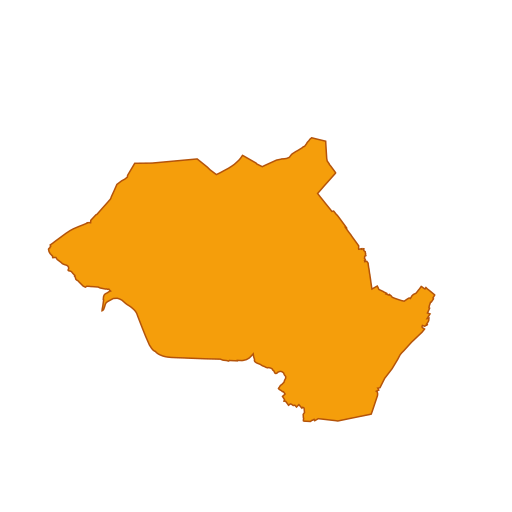 Ixtlán, Michoacán, Mexico, rotated 121°
{"feature_id": "50627088B63014892891044", "entity_name": "Ixtlán", "entity_type": "district", "adm_level": 2, "iso_a3": "MEX", "parent_name": "Mexico", "parent_adm1": "Michoacán", "projection": "albers", "projection_center": [-102.403, 20.149], "detail": "fine", "context": "isolated", "style": "filled", "palette": "amber", "viewbox_px": 512, "rotation_deg": 121, "n_neighbors": 0, "source": "geoboundaries", "source_scale": "gbopen_adm2", "svg_char_len": 5722}
<svg xmlns="http://www.w3.org/2000/svg" viewBox="0 0 512 512"><g transform="rotate(121 256 256)"><path d="M382.2,359.8L381.7,359.4L381.0,359.2L380.4,359.1L379.7,359.2L377.6,359.6L375.3,360.2L374.7,360.3L373.9,360.4L372.8,360.2L372.0,359.9L371.5,359.7L369.1,358.3L365.9,356.4L363.7,353.2L363.1,350.9L362.9,348.2L363.8,343.4L364.0,341.2L364.0,339.3L364.1,337.3L364.4,335.2L364.8,333.1L365.3,331.4L366.1,329.6L366.7,328.6L368.4,326.5L372.6,321.1L376.7,315.8L381.8,309.1L387.2,301.5L389.0,297.8L389.7,295.6L389.8,293.9L389.6,293.1L390.1,291.7L390.3,289.3L390.2,287.5L389.7,284.3L389.0,281.9L388.1,279.6L386.6,276.4L384.1,271.8L380.0,264.4L379.7,263.8L370.2,246.5L363.9,235.4L362.8,233.5L362.3,230.7L360.7,227.2L360.3,225.6L360.1,225.3L359.1,224.9L359.0,224.5L355.5,218.0L355.1,218.3L353.0,214.4L352.3,213.4L351.1,212.2L349.8,210.9L348.6,210.2L347.0,209.3L345.2,208.8L343.3,208.4L342.9,208.3L341.3,208.0L343.4,206.3L344.2,205.4L345.3,204.1L346.6,203.4L347.1,202.6L347.3,201.4L347.3,200.0L346.7,196.6L346.8,194.6L346.7,193.3L346.4,191.9L346.3,190.0L345.9,188.5L345.2,187.8L344.5,185.8L344.5,183.7L345.1,183.0L345.4,181.3L346.5,179.8L346.7,178.9L345.9,177.8L344.5,177.5L343.5,176.8L342.7,176.1L342.1,175.3L341.8,173.8L342.0,172.1L343.2,170.6L344.0,168.5L345.5,167.6L347.7,167.5L349.8,167.0L352.5,167.6L354.4,168.4L356.3,168.4L357.1,168.5L358.0,168.5L358.4,167.4L358.4,166.2L358.4,165.5L358.3,164.9L358.7,163.5L358.2,162.6L358.7,161.4L359.3,160.0L359.9,160.1L362.7,161.0L364.4,157.6L366.0,157.3L365.3,155.8L366.5,152.8L367.0,151.7L367.2,151.2L365.1,150.4L364.8,149.1L365.0,147.1L363.9,145.9L364.6,143.5L361.3,142.7L362.8,138.3L362.2,138.2L361.6,138.0L361.6,137.5L361.5,137.0L361.8,136.3L365.2,133.8L367.4,134.0L370.1,132.2L370.7,131.5L371.8,131.1L373.3,130.3L373.1,130.3L369.8,124.1L368.0,123.4L367.5,122.7L367.1,122.7L366.1,122.1L366.9,120.8L366.7,120.7L363.4,118.9L362.1,116.1L356.2,103.1L355.3,100.9L347.8,92.8L332.2,75.8L328.2,76.6L314.8,79.6L313.3,79.9L311.5,80.7L310.1,82.0L309.9,83.2L307.7,81.7L306.6,83.5L306.5,83.3L305.0,81.9L294.5,82.7L293.0,82.5L287.8,81.9L282.6,81.3L281.2,81.3L271.6,81.3L266.4,81.6L263.8,81.2L261.0,80.5L249.8,78.3L235.7,74.4L231.8,73.9L231.7,76.7L231.1,77.3L229.8,77.6L229.3,75.1L228.1,74.8L227.5,74.0L226.5,73.9L226.4,74.7L225.1,74.6L223.2,74.6L222.1,74.8L220.6,75.6L220.2,75.7L221.5,77.1L216.0,77.0L216.5,79.7L216.2,79.7L211.3,80.3L211.3,81.1L209.4,81.8L205.7,82.6L205.2,82.0L201.3,81.8L200.8,82.7L200.5,82.7L197.4,82.7L197.3,82.8L196.6,87.3L196.2,90.1L196.0,92.1L195.5,94.1L197.2,94.2L197.2,95.8L197.0,97.6L197.0,98.7L198.5,98.8L200.6,99.0L201.5,99.2L202.7,99.3L203.5,99.4L205.6,99.7L207.0,100.7L207.9,101.3L208.3,101.4L209.7,101.8L211.4,101.8L211.9,101.8L212.9,101.8L212.9,102.7L213.5,103.4L214.1,103.7L215.5,104.4L217.0,105.1L218.4,105.7L219.3,108.4L219.9,111.0L220.8,115.2L221.2,118.0L220.5,119.8L220.3,121.9L221.1,121.8L221.4,124.0L221.6,125.0L220.7,124.8L221.0,128.4L220.9,128.6L221.4,133.5L220.2,135.1L219.3,136.6L224.6,139.6L223.1,140.9L220.9,142.7L218.1,145.0L217.9,145.1L214.4,148.0L213.5,148.7L212.3,149.8L208.9,152.5L208.5,152.9L208.2,153.2L205.4,155.5L204.4,156.2L203.5,158.3L204.8,159.9L203.9,160.3L203.9,160.5L203.0,160.2L202.3,161.3L202.3,161.7L200.2,162.7L199.1,162.0L198.1,163.1L197.6,163.2L197.5,163.5L196.1,164.5L195.8,166.3L195.6,166.7L194.6,167.1L194.3,167.1L194.3,167.5L195.8,168.9L195.3,169.2L197.0,171.0L197.3,171.4L196.8,171.9L194.4,173.2L193.4,175.5L189.7,184.2L189.5,184.6L189.3,184.9L189.2,185.1L187.8,188.7L185.5,194.0L185.1,193.2L184.1,195.5L180.3,204.6L179.2,207.4L179.1,207.8L179.1,208.3L177.9,211.4L177.5,212.6L178.7,213.9L177.7,216.5L175.2,223.4L173.1,229.0L172.2,231.5L170.7,235.4L160.5,233.6L144.1,230.5L143.6,230.7L142.4,233.5L140.5,238.1L139.7,240.4L139.3,240.7L137.9,243.9L136.0,245.6L124.4,253.6L121.7,255.4L124.1,263.0L126.0,269.2L128.4,270.0L129.6,270.0L131.8,270.5L132.9,270.6L133.6,270.5L136.8,270.8L137.4,271.1L137.8,271.6L138.2,271.8L139.3,272.1L140.3,272.6L144.0,274.5L146.2,275.8L148.7,277.0L149.8,277.6L151.7,278.0L154.2,278.2L156.6,280.0L158.3,282.1L159.5,283.9L160.3,284.6L163.2,287.8L173.1,294.6L174.9,295.8L176.2,296.6L176.7,302.6L176.3,303.8L176.6,318.0L176.7,319.4L180.1,319.6L182.6,320.0L185.4,320.8L188.7,321.8L191.8,323.2L195.0,324.8L199.5,327.5L203.6,329.9L206.6,331.9L205.8,339.7L204.9,343.4L203.1,356.4L216.0,374.0L230.0,393.1L239.0,407.7L253.0,407.6L254.6,406.9L257.8,408.1L260.8,409.9L266.3,412.1L273.4,411.2L279.8,410.5L281.0,410.2L282.7,410.1L283.3,410.3L288.4,411.2L293.6,412.2L302.3,413.8L303.1,414.4L305.4,414.9L310.4,416.0L310.5,416.0L312.7,414.9L313.3,416.2L314.4,417.8L314.7,417.6L318.5,420.4L322.0,423.1L326.7,426.5L329.9,428.4L334.5,430.6L346.0,435.4L349.6,436.8L352.6,438.1L352.8,437.7L353.0,437.3L353.7,436.9L354.4,437.2L355.2,436.9L356.2,437.4L357.0,437.4L358.9,435.6L359.4,434.7L360.0,433.6L360.9,430.3L361.0,430.3L361.9,429.6L362.1,429.2L361.4,428.5L360.3,426.7L361.4,424.6L361.5,423.5L361.9,419.8L362.3,418.0L362.2,417.0L362.0,415.7L361.5,413.7L361.5,413.3L361.5,412.5L361.7,411.7L361.9,411.3L362.3,410.9L362.5,410.7L362.9,410.4L363.3,410.1L363.7,410.0L364.1,410.0L364.4,410.0L364.9,409.8L365.1,409.4L365.1,408.7L364.7,407.8L364.5,407.0L364.5,406.4L364.6,405.8L365.1,404.3L365.2,404.2L365.8,401.9L366.0,401.2L366.3,401.1L366.7,401.2L367.1,400.2L368.7,398.5L368.8,398.1L369.0,397.3L368.9,396.0L369.6,393.6L370.8,388.7L370.6,386.2L369.1,385.5L367.7,383.0L367.6,382.5L366.3,380.1L363.9,375.3L363.7,373.2L362.5,369.8L361.7,367.7L361.2,367.2L361.1,366.4L361.1,366.2L360.2,365.1L360.5,364.5L360.9,362.6L362.4,363.7L363.3,364.1L363.8,364.3L365.4,365.3L366.9,366.0L368.0,366.0L369.5,365.7L372.0,364.5L372.1,364.0L374.2,363.1L377.7,361.6L380.7,360.5L382.2,359.8Z" fill="#f59e0b" stroke="#b45309" stroke-width="1.5"/></g></svg>